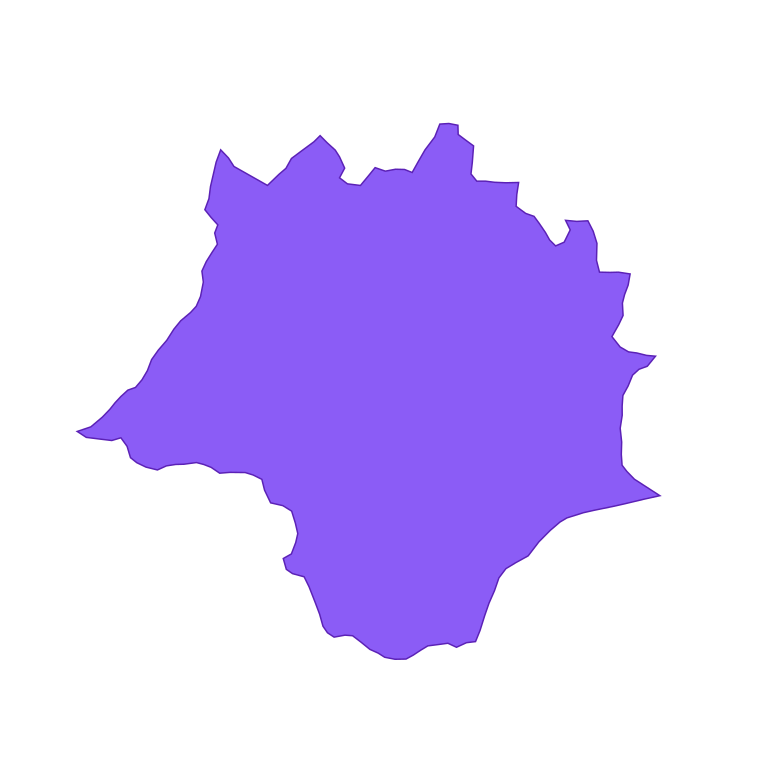 Nova Ramada, Rio Grande do Sul, Brazil (Mercator projection), rotated 191°
{"feature_id": "56859067B54633042037879", "entity_name": "Nova Ramada", "entity_type": "district", "adm_level": 2, "iso_a3": "BRA", "parent_name": "Brazil", "parent_adm1": "Rio Grande do Sul", "projection": "mercator", "projection_center": [-53.7, -28.075], "detail": "fine", "context": "isolated", "style": "filled", "palette": "violet", "viewbox_px": 768, "rotation_deg": 191, "n_neighbors": 0, "source": "geoboundaries", "source_scale": "gbopen_adm2", "svg_char_len": 2426}
<svg xmlns="http://www.w3.org/2000/svg" viewBox="0 0 768 768"><g transform="rotate(191 384 384)"><path d="M589.0,582.7L591.1,569.8L591.5,558.5L592.0,544.8L591.2,532.6L593.1,520.9L585.4,514.4L577.5,508.5L579.0,499.9L574.2,489.4L577.9,480.4L581.8,470.3L584.3,460.1L580.8,449.6L580.8,434.9L583.1,424.5L587.6,417.2L595.6,407.3L600.7,397.8L605.6,385.4L612.0,374.2L616.8,363.6L618.8,352.0L622.4,341.9L627.3,333.2L634.3,329.1L639.9,321.5L644.4,314.3L648.3,306.8L654.1,297.8L663.6,286.0L676.1,278.9L666.1,274.8L652.7,275.7L640.4,276.6L632.0,281.0L624.3,273.8L618.8,263.3L611.7,259.6L601.8,257.0L590.0,256.4L582.0,262.1L573.1,265.3L565.0,267.1L553.1,271.1L545.5,270.6L537.8,269.2L528.3,265.1L518.2,267.9L503.3,270.6L495.1,269.7L485.7,267.1L481.0,257.0L472.6,245.7L460.1,245.3L450.4,241.6L444.5,230.6L440.1,220.7L440.4,211.5L442.5,199.5L449.6,193.5L444.5,183.4L437.6,180.4L425.6,179.5L418.9,170.7L409.7,156.2L403.3,145.8L397.7,134.6L392.0,129.0L384.7,126.0L374.4,130.0L366.8,130.9L357.5,126.3L347.2,120.8L338.3,118.7L331.2,115.9L320.7,115.9L309.9,118.2L303.5,123.5L297.4,129.5L291.0,135.3L280.7,138.7L271.8,141.7L262.6,139.4L253.7,145.8L245.0,148.6L242.7,160.4L240.9,176.3L239.1,188.9L236.1,202.2L234.2,215.6L229.1,226.0L220.5,233.8L209.7,242.8L201.8,258.7L192.9,272.0L184.9,282.1L179.0,287.4L163.7,295.7L153.7,300.1L134.0,308.3L124.5,312.5L106.9,320.5L91.9,327.0L110.8,334.6L120.0,338.3L128.9,344.5L134.8,349.7L137.6,360.1L139.6,372.3L143.7,385.6L144.2,398.7L146.0,407.7L147.3,418.3L144.0,428.6L141.7,440.1L136.5,447.1L128.9,451.7L122.8,463.1L131.7,462.2L141.7,462.7L150.1,462.2L159.3,465.4L169.3,474.0L164.9,487.1L162.4,496.9L165.4,508.9L164.9,517.7L163.2,527.7L163.4,539.0L175.2,538.5L183.3,536.7L193.8,534.9L199.0,545.9L201.8,562.7L207.8,573.9L215.0,583.1L225.8,580.4L237.0,579.3L230.6,570.8L234.2,557.6L241.9,552.3L248.9,557.0L254.5,563.6L262.2,571.2L268.7,577.2L277.5,578.5L288.2,583.6L289.8,595.3L290.3,607.5L302.6,604.8L314.0,603.1L323.0,602.5L331.6,600.8L338.7,606.8L339.6,618.5L341.5,634.8L350.4,639.0L358.8,643.1L360.8,652.1L370.0,652.1L378.8,649.8L381.3,636.2L388.4,621.7L392.8,608.9L396.7,597.0L404.8,598.5L413.7,597.0L423.3,593.2L434.0,594.7L439.3,584.8L445.0,574.4L458.1,573.5L467.0,577.9L463.8,588.4L471.0,598.5L476.5,604.3L485.9,610.0L494.1,615.6L499.0,608.4L510.2,596.2L517.9,587.7L521.4,577.0L527.1,569.8L536.3,556.7L572.8,568.9L579.8,576.2L589.0,582.7Z" fill="#8b5cf6" stroke="#5b21b6" stroke-width="1.5"/></g></svg>